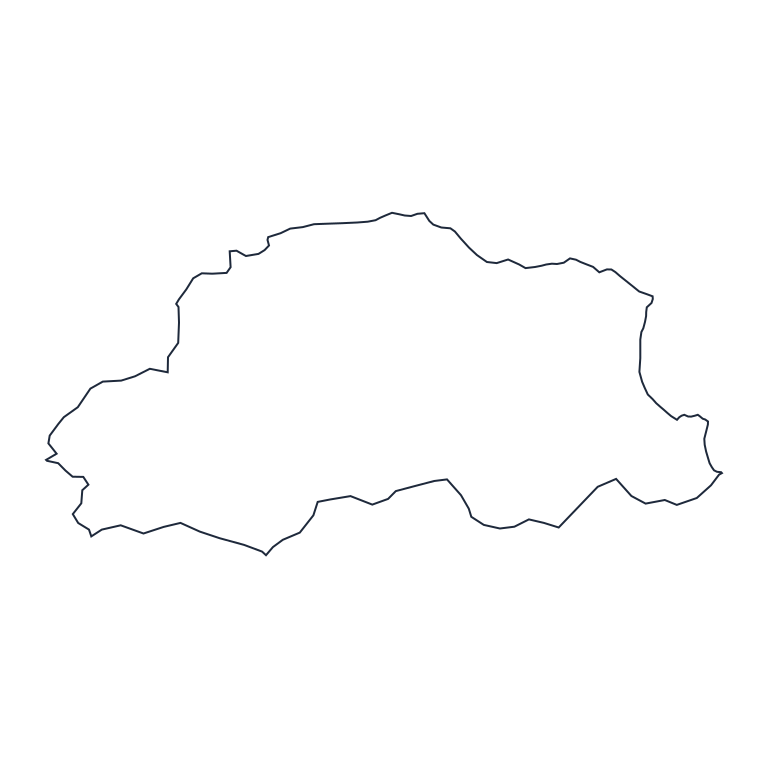 the district of Avdimou, Limassol, Cyprus, rotated 270°
{"feature_id": "46923920B67900362535840", "entity_name": "Avdimou", "entity_type": "district", "adm_level": 2, "iso_a3": "CYP", "parent_name": "Cyprus", "parent_adm1": "Limassol", "projection": "equal_earth", "projection_center": [32.763, 34.683], "detail": "fine", "context": "isolated", "style": "outline", "palette": "slate", "viewbox_px": 768, "rotation_deg": 270, "n_neighbors": 0, "source": "geoboundaries", "source_scale": "gbopen_adm2", "svg_char_len": 2342}
<svg xmlns="http://www.w3.org/2000/svg" viewBox="0 0 768 768"><g transform="rotate(270 384 384)"><path d="M294.9,721.9L295.8,721.1L296.2,717.0L297.7,714.0L300.9,711.8L304.8,709.6L309.4,708.2L316.5,706.1L323.2,704.7L329.2,704.3L337.1,706.3L343.5,707.9L346.5,708.0L348.5,705.2L349.3,702.7L351.9,699.6L353.2,697.8L352.3,694.9L351.4,691.2L351.5,688.1L353.2,684.3L352.3,681.6L350.7,679.2L348.2,677.0L351.9,671.1L355.2,667.2L358.4,663.6L361.1,660.4L364.8,656.2L368.9,652.6L373.5,647.8L380.4,644.6L386.3,642.1L396.1,639.4L409.8,640.3L416.9,640.3L428.4,640.3L436.0,641.4L439.7,643.3L446.1,645.0L451.9,646.1L456.0,646.2L460.7,646.8L465.0,651.5L469.0,652.8L471.7,652.6L471.8,652.3L473.8,646.9L476.5,639.2L483.9,630.0L491.9,620.0L495.9,615.4L498.5,611.4L498.6,606.9L495.7,599.3L501.1,593.1L503.8,586.1L506.1,580.3L508.3,576.0L509.6,570.0L505.3,563.8L504.0,557.0L504.3,551.9L503.5,546.2L502.3,541.7L501.0,535.0L499.9,525.5L503.5,519.2L508.5,508.1L504.9,496.7L506.0,486.9L512.9,477.0L520.4,469.0L529.4,460.8L536.5,454.9L539.7,450.4L540.5,441.3L543.4,433.3L547.1,429.3L554.8,424.4L554.2,417.4L552.0,411.1L552.5,404.7L553.7,399.4L555.2,392.0L552.5,385.4L550.2,380.1L547.8,375.6L546.3,367.7L545.5,357.2L544.8,342.1L544.4,330.1L543.8,314.0L540.9,302.8L539.4,290.2L534.8,280.6L530.9,268.2L528.1,267.5L522.5,269.0L517.9,264.6L514.1,258.5L512.0,245.9L517.3,236.5L516.7,229.7L500.8,230.6L495.1,226.6L494.3,212.3L494.7,201.8L489.7,193.2L478.6,186.3L468.6,178.9L464.1,176.2L461.0,178.5L445.4,179.0L425.1,178.2L410.8,168.0L395.7,167.7L399.2,149.8L391.7,135.0L387.4,121.2L386.4,102.8L379.4,90.4L360.8,77.8L350.8,63.8L344.0,58.3L332.4,49.7L324.6,48.4L314.3,56.6L308.1,46.1L307.2,47.0L304.8,58.2L297.4,65.5L291.3,72.6L291.1,83.3L283.3,88.4L277.8,82.3L264.7,81.3L253.9,72.8L245.0,78.2L238.4,89.0L231.6,91.3L238.4,101.8L242.7,120.7L234.5,143.5L241.1,163.7L245.1,180.5L236.4,199.8L229.8,219.6L223.1,244.1L216.4,262.1L212.8,266.0L220.9,272.9L228.2,282.8L235.4,299.8L252.7,313.4L266.1,317.7L268.5,330.0L271.9,350.5L263.4,372.3L269.1,388.1L276.9,395.8L281.7,413.9L287.0,434.2L288.6,447.0L272.8,461.0L259.3,468.8L251.2,471.3L243.1,483.8L239.5,499.9L241.3,514.4L248.6,528.9L245.1,543.9L240.5,558.7L281.2,597.7L289.1,616.1L272.0,631.4L264.4,645.6L268.0,664.8L263.1,676.8L270.0,696.8L282.7,711.0L293.4,719.1L294.9,721.9Z" fill="none" stroke="#1e293b" stroke-width="2"/></g></svg>